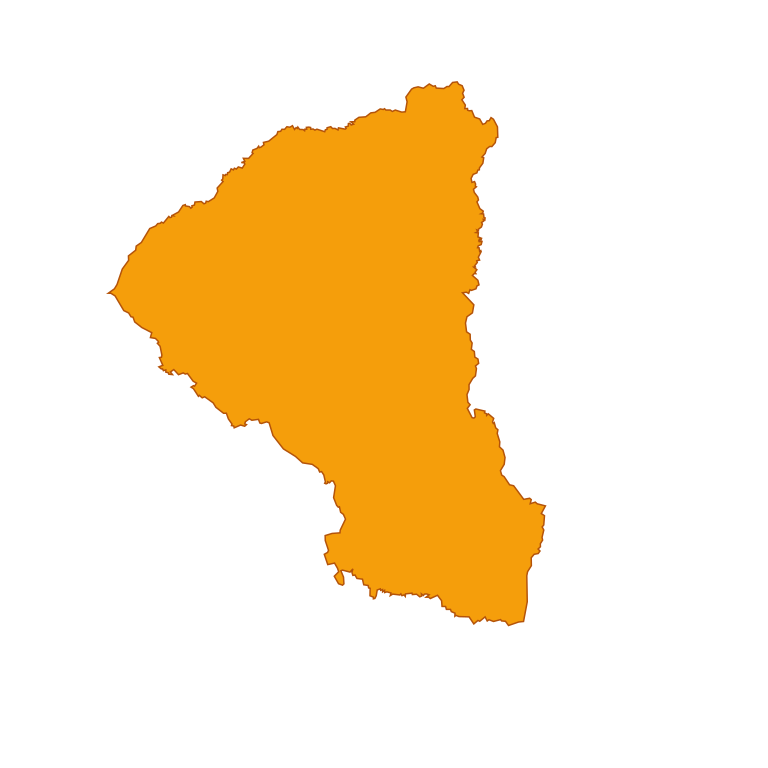 the district of Ngawi, Jawa Timur, Indonesia, rotated 65°
{"feature_id": "22746128B17210029520680", "entity_name": "Ngawi", "entity_type": "district", "adm_level": 2, "iso_a3": "IDN", "parent_name": "Indonesia", "parent_adm1": "Jawa Timur", "projection": "robinson", "projection_center": [111.347, -7.432], "detail": "fine", "context": "isolated", "style": "filled", "palette": "amber", "viewbox_px": 768, "rotation_deg": 65, "n_neighbors": 0, "source": "geoboundaries", "source_scale": "gbopen_adm2", "svg_char_len": 6170}
<svg xmlns="http://www.w3.org/2000/svg" viewBox="0 0 768 768"><g transform="rotate(65 384 384)"><path d="M208.5,176.6L198.9,172.5L190.3,172.9L187.8,174.4L189.8,177.3L189.1,179.4L190.6,181.9L190.4,184.8L184.2,185.3L180.4,189.2L173.3,188.9L172.4,191.3L171.2,192.5L169.6,191.9L168.5,194.4L165.6,192.4L159.3,193.3L158.0,190.2L153.7,189.9L151.6,187.3L146.7,187.1L143.8,189.7L141.1,190.0L139.7,194.4L141.9,199.4L141.0,201.2L141.5,204.9L137.9,211.6L135.4,211.5L135.0,213.6L131.2,216.2L132.6,223.3L129.1,227.5L128.2,231.7L128.4,234.4L133.2,242.9L138.0,243.8L146.3,249.6L145.1,253.0L140.5,258.0L140.5,261.3L138.3,262.6L136.5,266.5L134.7,267.2L134.9,268.6L133.1,271.2L134.0,277.2L132.7,281.4L134.1,287.7L131.7,294.0L132.5,298.9L133.9,299.6L132.4,303.2L135.7,301.7L135.4,304.3L133.2,304.9L132.9,306.2L135.2,307.5L134.7,310.4L136.4,310.3L136.6,311.5L132.6,317.0L134.3,318.3L131.6,320.4L130.7,322.7L128.3,323.5L127.7,327.3L129.1,328.0L128.8,329.7L130.3,331.1L124.7,337.1L124.7,339.3L122.9,340.5L122.2,342.7L120.5,342.1L119.4,343.6L118.6,345.9L120.4,346.4L119.6,348.0L120.9,348.9L119.2,349.8L117.6,352.9L114.7,353.5L115.7,354.6L114.5,355.3L115.5,357.5L111.2,357.8L111.5,360.8L109.8,363.3L111.2,366.5L110.0,368.8L111.3,370.9L110.4,373.5L112.7,375.7L115.2,385.9L114.1,391.2L116.5,391.7L117.3,395.3L117.1,397.2L115.5,397.1L116.8,399.6L116.5,404.0L118.6,405.8L119.7,405.2L122.3,411.4L120.0,416.1L123.4,416.0L123.0,419.7L124.6,417.1L125.9,417.2L128.4,421.2L125.7,424.3L126.8,427.0L125.2,428.4L126.3,430.0L124.4,431.6L126.7,434.4L126.4,436.4L128.0,437.5L127.2,439.0L128.0,439.8L126.4,441.5L130.1,443.5L130.6,445.0L132.5,444.3L135.9,452.4L139.2,453.2L143.6,459.2L144.5,466.1L143.2,467.9L144.6,469.1L144.6,471.0L141.4,472.5L139.2,478.4L141.7,480.2L141.3,482.8L142.7,483.2L143.0,484.8L141.0,485.4L138.7,488.7L137.5,488.3L137.2,490.8L141.3,497.5L141.7,504.1L142.6,503.7L141.7,505.1L143.0,506.1L142.7,507.7L141.2,508.2L144.9,515.9L143.2,517.3L143.8,518.8L143.0,521.3L144.3,524.1L144.1,530.6L153.2,544.1L154.3,550.3L157.8,552.5L159.9,561.5L164.0,563.2L169.2,572.6L181.0,583.9L183.8,588.1L185.2,595.5L186.3,593.2L190.5,590.5L207.5,588.8L211.7,585.4L216.1,584.9L217.4,583.2L222.4,583.7L230.5,579.6L239.3,572.8L243.2,576.1L246.1,571.9L249.4,570.7L250.9,570.6L251.3,572.2L255.2,571.0L264.0,573.1L265.7,574.4L265.1,576.4L273.6,576.6L273.3,580.8L276.2,579.5L276.7,578.3L278.7,578.3L279.0,575.8L281.1,576.7L282.5,574.8L284.2,574.9L286.1,571.7L282.8,572.5L282.1,568.4L288.7,566.3L289.1,561.3L291.0,559.9L291.4,557.7L300.8,555.8L304.0,553.5L305.9,556.6L305.0,557.3L305.3,560.2L307.7,558.7L316.7,557.4L316.2,556.2L319.7,554.6L319.8,551.9L328.9,546.8L334.1,546.2L342.7,541.8L343.9,539.2L349.9,539.8L356.0,538.7L357.2,539.8L358.6,537.9L360.4,538.3L360.6,531.3L363.4,528.1L362.7,525.8L361.3,527.1L359.6,525.5L358.6,520.8L361.0,519.1L363.0,512.7L366.9,513.0L368.0,511.7L368.7,506.4L370.6,504.5L383.8,506.4L400.3,502.6L412.3,494.8L421.1,491.1L426.5,483.0L432.9,479.4L436.6,479.5L437.0,477.6L441.0,477.0L448.0,478.5L448.9,479.7L450.0,478.7L450.1,477.1L448.8,476.3L450.5,475.1L449.5,472.7L450.7,470.9L455.7,471.0L465.7,477.7L474.0,478.2L476.3,477.5L476.5,476.3L481.9,477.5L485.0,475.9L490.2,476.0L497.9,485.4L500.3,486.8L497.5,494.2L496.5,501.4L501.1,503.4L511.3,504.6L512.8,506.3L513.1,510.1L523.9,511.3L525.4,504.5L531.3,504.0L535.0,504.4L537.2,510.3L545.8,509.6L548.8,506.6L548.2,504.8L541.9,502.3L535.0,502.0L535.1,500.3L540.1,494.3L538.4,490.3L541.2,492.7L544.3,493.1L544.9,491.0L548.8,490.7L551.8,486.0L557.4,487.2L559.9,483.5L562.3,484.1L563.3,482.9L570.0,486.2L572.7,483.7L574.2,484.4L574.5,482.9L572.6,480.5L567.8,477.2L568.1,473.9L569.6,474.2L569.7,472.2L571.8,473.1L571.3,470.7L573.3,471.5L573.6,469.2L576.4,466.0L578.4,467.7L578.1,464.9L581.9,458.8L581.3,457.4L583.4,457.2L583.6,455.0L585.5,454.5L583.3,453.2L585.4,447.0L586.8,447.3L588.3,443.3L592.0,441.5L592.1,439.4L590.0,438.8L592.3,437.6L591.5,436.2L592.3,434.1L594.1,432.2L595.0,435.9L596.1,433.6L598.0,432.7L598.1,424.8L604.7,423.4L610.1,425.4L611.7,422.2L614.6,422.7L616.4,419.0L618.7,419.2L621.7,416.5L624.4,417.9L624.1,416.6L626.5,414.3L631.0,405.3L639.4,404.0L638.0,398.8L639.5,397.5L637.8,390.8L642.4,390.6L642.0,388.5L645.5,385.1L646.8,377.9L648.4,377.6L650.4,374.2L655.5,373.2L656.6,362.6L658.2,357.9L641.9,346.2L618.1,335.6L614.8,333.2L610.9,327.2L603.7,324.0L601.8,319.9L602.8,315.9L601.3,313.2L598.7,314.1L597.6,311.0L594.8,309.8L592.5,306.2L589.8,305.6L583.9,300.9L580.4,301.1L579.3,298.8L571.2,294.2L567.9,296.2L562.7,289.2L557.3,295.8L555.0,296.8L554.3,302.1L551.0,299.4L549.1,300.3L547.6,306.1L531.0,309.5L528.4,312.8L518.7,314.3L516.3,315.8L511.7,315.1L507.6,309.0L501.8,305.4L494.2,304.1L489.7,305.9L485.4,303.5L476.7,302.3L473.6,300.1L470.9,301.3L465.6,300.4L466.0,301.6L464.3,301.7L461.5,299.1L455.1,302.1L455.8,304.2L454.4,303.6L452.6,305.1L451.2,304.0L445.5,311.3L445.7,313.1L452.3,315.1L452.9,316.9L451.7,318.4L441.3,318.8L439.2,314.7L436.0,315.7L428.7,313.3L424.9,309.2L420.5,307.2L416.4,301.2L415.3,297.7L409.1,293.7L406.3,293.5L405.3,289.5L401.1,288.3L398.0,290.3L392.7,288.4L389.5,290.2L384.1,286.8L380.7,287.2L375.3,284.9L371.6,287.1L363.2,284.4L358.1,280.4L356.9,273.8L350.2,269.1L334.5,274.3L335.6,270.6L337.7,269.0L334.9,266.2L336.1,265.2L336.6,260.4L334.4,258.3L334.3,256.0L329.7,255.1L323.0,258.0L322.1,255.7L322.8,254.1L321.2,254.3L319.7,251.5L315.9,253.3L316.4,251.7L315.2,251.9L313.3,248.1L311.5,247.9L312.1,245.0L308.9,244.9L305.1,240.0L304.0,239.9L304.3,241.3L300.7,240.3L300.0,241.6L298.6,240.2L298.7,237.0L296.3,235.0L295.0,238.1L294.9,236.4L294.2,237.5L293.1,236.4L294.0,234.8L293.2,234.0L290.4,236.7L286.9,234.6L285.7,236.5L285.7,234.7L283.7,234.7L284.9,233.6L283.6,232.9L282.9,229.4L280.8,227.3L278.8,227.3L278.5,224.8L276.9,224.5L278.1,223.4L276.2,222.2L275.6,223.1L272.0,221.9L270.8,223.9L270.8,222.3L269.3,221.0L265.6,223.0L258.2,222.8L257.1,220.6L254.2,220.0L248.5,221.2L245.3,220.6L244.3,216.9L243.3,217.6L241.5,216.5L238.8,216.4L238.5,219.1L234.5,218.2L231.7,214.6L231.9,210.6L229.8,208.6L230.2,207.1L228.5,206.2L225.7,201.1L221.1,198.0L219.7,199.3L217.8,194.9L214.2,191.5L213.4,187.8L214.4,185.9L212.3,181.2L208.1,178.2L208.5,176.6Z" fill="#f59e0b" stroke="#b45309" stroke-width="1.5"/></g></svg>